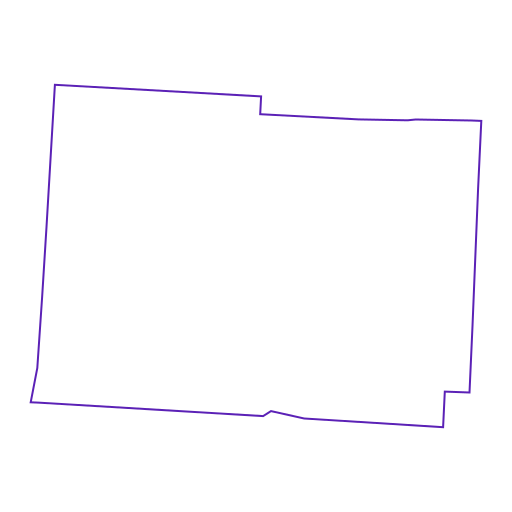 the district of Licking, Ohio, United States of America
{"feature_id": "52423323B76437525910289", "entity_name": "Licking", "entity_type": "district", "adm_level": 2, "iso_a3": "USA", "parent_name": "United States of America", "parent_adm1": "Ohio", "projection": "natural_earth1", "projection_center": [-82.441, 40.095], "detail": "fine", "context": "isolated", "style": "outline", "palette": "violet", "viewbox_px": 512, "rotation_deg": 0, "n_neighbors": 0, "source": "geoboundaries", "source_scale": "gbopen_adm2", "svg_char_len": 383}
<svg xmlns="http://www.w3.org/2000/svg" viewBox="0 0 512 512"><path d="M271.0,411.1L304.2,418.5L443.1,427.2L444.8,391.6L469.5,392.5L472.5,326.0L478.1,188.4L481.3,120.9L471.5,120.5L415.7,119.5L407.6,120.3L358.5,119.4L260.2,114.2L261.1,96.4L54.9,84.8L46.5,227.0L42.1,297.5L37.3,368.0L30.7,402.3L38.0,402.6L263.1,416.1L271.0,411.1Z" fill="none" stroke="#5b21b6" stroke-width="2"/></svg>